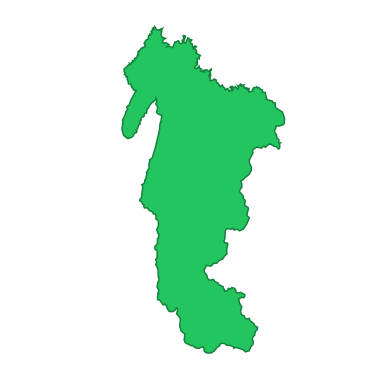 the district of Alto Baudó (Pie De Pato), Chocó, Colombia, rotated 190°
{"feature_id": "7082276B3053585301138", "entity_name": "Alto Baudó (Pie De Pato)", "entity_type": "district", "adm_level": 2, "iso_a3": "COL", "parent_name": "Colombia", "parent_adm1": "Chocó", "projection": "mercator", "projection_center": [-77.05, 5.663], "detail": "fine", "context": "isolated", "style": "filled", "palette": "green", "viewbox_px": 384, "rotation_deg": 190, "n_neighbors": 0, "source": "geoboundaries", "source_scale": "gbopen_adm2", "svg_char_len": 6076}
<svg xmlns="http://www.w3.org/2000/svg" viewBox="0 0 384 384"><g transform="rotate(190 192 192)"><path d="M276.6,306.1L280.2,301.2L279.5,298.4L278.3,297.8L278.9,296.0L277.9,295.8L276.7,293.8L276.2,294.4L275.4,293.6L275.2,291.1L274.3,290.3L273.4,287.5L271.1,287.5L269.0,284.0L267.6,283.9L267.4,282.3L264.6,282.3L268.2,271.9L269.1,266.5L271.1,264.7L269.8,262.1L270.9,260.0L271.3,255.9L273.0,250.7L272.2,249.4L271.9,241.6L269.2,235.9L264.5,233.4L261.0,235.3L259.8,236.7L258.7,240.2L257.4,240.6L256.7,242.2L257.9,243.8L256.7,244.6L256.1,248.9L254.8,249.9L255.7,251.9L254.5,254.3L255.1,254.6L254.9,255.9L253.9,257.6L252.9,257.5L252.2,258.8L252.6,260.7L251.6,261.6L250.5,261.6L250.6,265.9L249.3,267.4L249.4,268.6L247.5,272.2L243.8,276.5L243.7,278.1L242.3,275.8L243.0,272.3L241.4,270.9L240.5,269.0L240.7,264.2L238.5,262.8L235.0,262.1L234.9,255.5L235.4,254.3L234.8,247.4L235.8,228.9L237.2,218.3L239.4,216.4L238.9,214.9L239.3,211.8L238.4,208.4L240.2,203.3L239.5,201.8L240.0,196.5L240.6,195.6L240.3,194.0L240.9,191.8L242.8,190.5L241.4,188.9L240.8,177.0L242.0,175.9L242.0,174.3L239.8,173.6L238.7,171.6L236.9,170.6L236.9,169.1L236.1,168.1L233.0,168.6L231.3,166.6L227.3,165.4L226.3,163.7L224.2,164.1L223.1,162.0L223.0,159.3L220.1,157.7L219.2,152.8L220.3,148.5L219.0,146.9L218.9,145.8L217.4,144.8L217.2,143.7L217.1,140.6L217.9,140.1L217.1,134.6L219.0,132.2L218.9,130.3L218.4,129.1L216.2,128.3L214.9,121.2L216.1,119.3L214.6,116.9L215.2,114.0L213.4,112.8L213.5,112.0L211.9,109.7L210.6,102.5L209.7,102.0L209.3,99.5L210.0,96.5L209.9,92.4L207.5,89.2L208.0,87.5L207.2,86.4L208.0,85.7L207.3,84.0L207.8,83.3L207.2,80.1L205.1,79.8L202.4,77.7L201.3,76.0L200.3,75.9L200.2,76.6L198.8,76.9L198.3,76.0L197.3,75.8L196.3,73.1L193.7,70.4L190.3,70.8L188.4,72.5L187.1,75.2L186.2,75.0L185.7,73.1L186.0,69.4L181.4,65.3L180.8,57.9L178.3,52.9L174.5,51.0L174.2,47.9L173.7,47.3L174.3,45.8L173.0,43.0L171.6,42.1L165.6,40.4L164.7,40.8L161.8,39.2L158.2,39.2L155.1,41.2L153.6,41.0L152.1,37.2L149.5,36.0L145.5,36.7L142.6,39.1L140.1,43.6L138.0,45.4L138.0,47.2L135.8,48.3L133.3,48.4L131.2,47.1L127.4,47.5L124.4,46.7L123.6,45.4L121.9,46.6L114.3,45.7L111.7,43.8L108.2,45.5L107.3,49.5L105.4,53.0L105.7,55.7L107.0,57.0L106.9,60.2L105.5,61.6L105.4,65.8L103.8,67.6L103.9,70.1L107.1,71.3L108.0,72.9L112.3,75.3L113.8,77.5L114.7,76.7L117.1,76.6L118.0,77.0L119.0,79.1L122.3,79.9L123.5,83.4L123.0,87.6L125.6,90.3L127.4,94.4L125.1,96.9L122.7,96.9L121.9,98.4L122.3,100.2L126.8,101.6L129.4,100.3L131.4,101.2L131.7,102.5L133.5,104.6L136.2,104.8L137.6,103.0L139.4,103.4L140.1,101.0L142.9,100.0L143.1,101.6L144.4,102.5L145.0,104.2L149.5,105.3L150.6,106.9L154.1,107.9L155.6,109.7L159.2,108.1L161.8,109.8L163.2,113.1L165.3,114.4L166.5,116.9L164.9,122.2L160.8,122.2L159.1,123.8L158.9,125.2L155.0,126.4L153.5,129.2L150.2,131.2L148.6,135.0L146.8,137.1L147.9,140.7L147.7,146.7L148.6,148.0L151.0,147.6L152.0,149.0L151.5,152.2L152.5,159.3L151.9,161.5L150.6,162.1L146.5,162.2L145.2,163.4L143.8,161.9L140.9,163.1L138.4,162.1L135.1,164.3L132.7,169.5L131.1,176.7L133.5,178.1L134.0,179.4L133.5,185.6L134.0,186.4L137.6,187.9L138.3,190.3L137.7,191.7L138.5,193.3L140.6,194.8L140.7,196.8L145.2,200.5L145.1,202.6L143.7,205.6L144.4,208.6L145.9,211.4L144.1,212.6L142.4,215.4L138.9,219.1L137.3,223.8L137.9,227.0L140.5,230.7L141.1,233.4L138.8,240.8L139.5,243.2L138.6,245.2L135.9,247.5L131.3,247.2L129.1,249.8L127.5,248.7L125.1,252.0L123.4,252.9L119.5,251.4L116.4,251.1L114.6,249.4L113.7,249.7L113.3,251.6L114.1,254.6L113.6,255.5L114.4,255.1L115.1,255.8L115.5,258.5L118.1,260.5L118.7,263.1L120.6,264.7L121.4,266.6L120.5,269.6L120.7,271.5L117.6,272.1L113.7,274.2L113.1,275.5L113.6,280.4L116.8,286.4L123.8,289.3L124.7,290.3L125.3,294.1L127.8,294.0L128.6,295.5L131.6,295.9L133.0,295.5L134.2,296.5L135.4,296.6L135.0,297.4L137.3,302.8L139.9,302.3L140.2,304.6L143.1,305.4L144.6,306.7L145.7,306.1L146.7,306.8L147.3,306.0L149.1,305.6L150.2,303.5L149.6,302.0L153.4,300.4L153.8,303.9L154.6,303.6L154.2,302.4L155.2,302.3L155.8,302.9L155.7,303.8L156.5,304.1L158.0,303.3L158.5,304.5L160.5,305.0L159.6,306.4L162.1,305.2L161.9,306.3L163.0,306.7L163.0,305.2L163.9,305.4L164.5,304.1L165.4,304.4L164.1,302.7L164.7,301.2L167.5,303.2L169.2,301.9L170.7,303.0L172.6,302.3L172.8,301.4L171.2,301.3L171.1,299.4L169.8,300.3L169.3,299.8L169.8,298.7L171.7,298.5L173.0,297.4L173.4,298.7L174.9,300.1L177.1,298.5L178.1,300.3L179.9,301.0L180.6,302.6L182.4,300.6L185.5,303.9L186.8,304.2L187.8,306.6L189.9,307.2L190.4,305.6L191.8,305.6L193.0,304.5L193.6,305.0L193.7,307.2L195.5,309.1L193.9,309.3L193.7,310.2L195.3,310.8L194.3,312.3L195.1,313.5L194.3,315.1L194.6,316.4L196.8,313.6L198.7,314.9L200.3,314.4L200.8,313.6L200.3,312.4L200.8,312.0L202.3,313.8L203.2,312.3L204.8,312.9L204.2,314.8L206.3,315.4L206.9,317.2L209.1,314.1L210.5,314.3L210.8,316.0L208.7,318.5L208.9,319.3L210.5,320.1L209.1,320.8L210.1,323.7L209.4,324.5L208.0,324.3L208.3,326.1L207.5,327.9L212.4,329.6L211.6,331.0L213.2,333.2L215.6,333.2L212.9,335.8L214.4,336.4L215.7,335.0L216.6,335.0L217.7,338.0L219.1,338.3L219.8,339.4L218.6,341.7L219.7,341.9L220.4,341.0L221.7,342.8L222.9,343.0L224.0,337.7L225.2,337.6L226.3,339.0L225.4,344.1L226.2,344.7L227.4,344.6L228.0,344.1L227.2,343.3L226.8,341.0L228.1,339.6L226.9,337.2L229.4,335.9L231.5,338.6L234.9,336.6L236.1,330.7L239.2,331.5L241.8,330.7L240.2,333.2L243.6,334.5L246.1,333.7L247.0,334.7L246.7,337.1L244.8,338.7L248.0,339.0L250.0,341.7L249.6,344.4L250.1,346.1L249.4,348.0L251.2,346.9L251.6,345.6L252.5,346.1L252.8,345.6L255.1,345.7L257.1,347.9L257.0,347.2L257.9,347.5L258.2,346.5L258.6,346.9L259.1,346.1L260.0,346.1L258.1,345.3L259.9,343.5L259.3,343.2L259.2,341.9L259.7,342.0L259.3,341.2L260.3,339.7L260.9,340.0L260.6,339.1L262.0,338.5L261.5,335.0L263.5,333.8L264.8,331.0L264.9,330.0L263.7,329.5L264.2,328.9L263.3,327.2L264.5,325.8L265.3,326.2L266.1,325.0L267.1,324.8L268.3,321.6L269.2,321.5L269.5,320.2L268.8,319.5L269.3,318.3L268.7,317.6L269.7,316.5L269.2,315.7L270.8,314.2L270.6,313.5L271.6,313.5L272.1,310.9L273.2,311.0L272.7,310.2L274.0,309.1L274.2,307.6L275.5,307.8L275.0,307.3L275.9,306.9L275.6,306.3L276.6,306.1Z" fill="#22c55e" stroke="#15803d" stroke-width="1.5"/></g></svg>